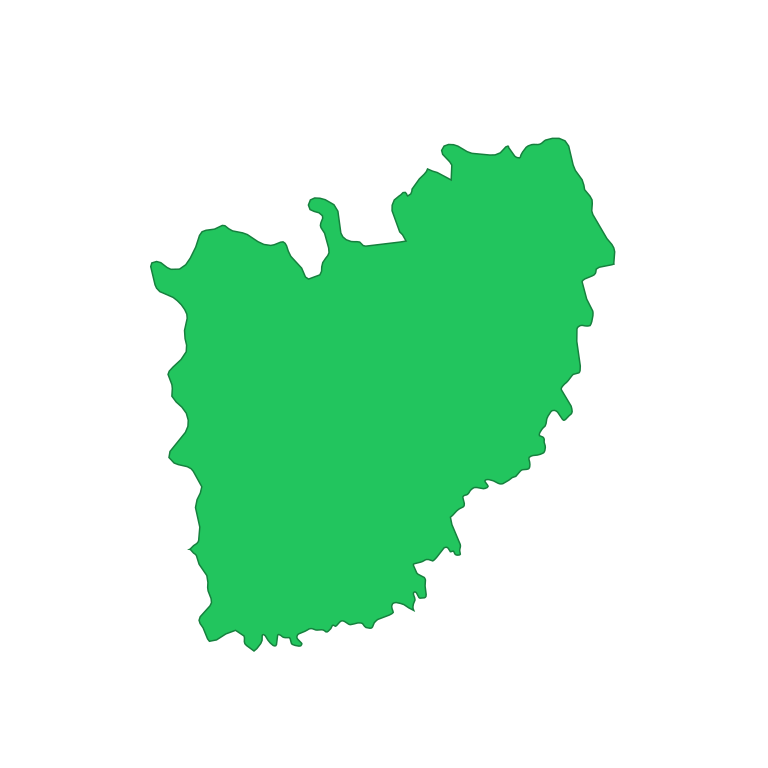 SVG path tracing the border of Luhans'k, rotated 244°
{"feature_id": "UKR-329", "entity_name": "Luhans'k", "entity_type": "Region", "adm_level": 1, "iso_a3": "UKR", "parent_name": "Ukraine", "parent_adm1": "", "projection": "equal_earth", "projection_center": [38.683, 48.937], "detail": "fine", "context": "isolated", "style": "filled", "palette": "green", "viewbox_px": 768, "rotation_deg": 244, "n_neighbors": 0, "source": "natural_earth", "source_scale": "10m", "svg_char_len": 6171}
<svg xmlns="http://www.w3.org/2000/svg" viewBox="0 0 768 768"><g transform="rotate(244 384 384)"><path d="M232.3,113.7L244.2,114.5L249.3,113.7L252.7,114.2L255.4,116.8L260.9,130.4L263.1,133.1L266.9,134.5L275.1,135.2L278.4,136.3L282.7,138.7L289.5,140.8L303.0,138.8L312.2,140.2L314.0,139.6L315.6,138.7L320.2,137.4L320.6,136.8L320.6,137.4L322.2,142.0L322.7,145.8L323.7,147.9L324.9,149.0L336.1,155.7L355.6,160.4L362.0,165.3L366.5,171.1L371.5,175.2L389.2,174.3L392.4,173.5L395.9,171.0L401.8,163.7L405.0,160.7L412.2,158.5L417.2,162.1L427.6,184.3L431.9,189.2L437.3,192.2L444.4,193.5L451.8,192.2L459.0,189.3L466.0,188.0L472.8,191.8L476.4,193.1L487.3,194.1L489.7,196.6L491.8,202.0L494.9,212.2L499.7,220.4L505.4,223.6L512.0,225.1L519.6,228.2L529.3,235.9L533.2,237.4L538.2,237.5L544.0,236.6L549.6,234.7L554.3,232.4L565.3,223.0L569.8,221.6L573.5,221.7L591.8,225.8L594.6,228.4L593.8,233.3L590.9,236.6L583.8,240.1L580.5,242.7L576.9,250.5L578.1,258.1L582.1,265.1L589.6,274.8L598.4,283.3L600.6,287.2L600.2,291.4L597.5,299.5L597.4,308.2L596.0,310.4L591.6,312.5L588.0,315.0L581.8,323.2L578.2,326.7L567.2,333.1L562.1,337.2L558.2,342.9L557.3,346.3L556.8,353.2L556.0,355.6L553.8,356.8L550.9,357.0L545.3,356.2L539.6,356.2L524.2,360.8L514.6,360.3L511.4,362.2L510.2,374.2L512.7,377.3L516.6,379.4L520.0,382.2L522.5,386.5L524.1,389.8L526.2,392.2L530.6,393.9L545.6,396.7L552.1,395.9L554.3,396.3L556.3,397.7L559.9,401.6L562.3,402.4L566.4,400.6L569.7,396.9L573.2,394.0L578.0,394.5L581.7,398.5L581.6,403.2L579.0,407.9L575.4,412.0L567.1,417.6L559.5,418.3L538.6,411.4L534.3,411.5L530.2,413.3L526.5,416.9L525.0,419.5L523.7,422.2L522.2,424.4L517.5,426.0L515.9,428.0L504.6,460.5L502.8,466.5L510.0,466.1L513.8,464.8L536.2,467.2L541.1,469.7L544.9,473.9L546.4,480.2L546.6,481.9L547.7,485.0L546.9,487.1L545.2,487.6L543.4,487.5L542.6,487.7L543.1,491.4L544.9,493.4L546.9,494.7L552.9,505.8L554.9,512.0L556.4,515.3L558.2,517.4L554.0,521.0L550.7,524.6L537.9,533.8L551.0,540.9L554.8,540.5L564.7,537.4L568.7,538.2L571.5,542.3L571.0,547.0L568.6,551.4L565.4,554.7L556.4,560.6L552.8,564.1L543.4,579.5L541.2,584.3L540.8,589.9L543.7,597.4L543.5,599.7L543.0,600.0L541.7,599.7L531.4,601.4L529.4,602.6L527.8,604.9L528.2,606.1L529.8,607.5L531.7,610.2L534.4,615.5L534.8,617.9L534.4,621.7L533.7,623.6L531.7,627.4L531.2,629.5L531.3,631.2L532.2,634.6L532.4,636.1L531.0,643.0L528.0,649.1L523.2,653.3L516.9,654.3L497.9,650.0L492.1,649.6L480.7,651.6L475.1,650.8L470.7,649.5L462.6,651.5L458.3,651.7L454.9,650.3L448.5,646.6L444.7,646.0L417.0,648.1L409.4,650.0L405.6,650.2L401.7,649.3L391.5,643.3L391.0,643.3L391.3,641.1L394.6,628.6L394.2,625.1L391.7,623.4L390.8,622.5L390.0,620.7L389.9,618.5L390.4,610.5L390.0,608.3L389.2,606.9L371.5,603.4L358.0,603.6L356.2,603.0L353.8,601.7L349.0,598.1L347.2,596.3L346.2,594.8L346.7,592.8L347.1,591.9L348.1,590.2L349.8,587.9L350.2,586.9L350.5,585.6L350.2,583.5L349.6,582.3L348.8,581.5L337.9,576.0L314.1,568.3L310.1,566.1L309.1,565.1L308.6,564.1L309.7,558.3L309.2,556.8L306.3,551.0L305.4,548.7L304.8,546.2L303.9,543.9L302.9,542.0L302.0,541.2L301.0,540.9L282.1,542.5L279.2,541.9L276.7,541.0L275.7,540.1L275.1,539.3L274.2,536.0L272.5,531.5L272.5,529.9L272.9,529.4L274.0,528.9L282.6,527.7L284.1,527.0L285.4,525.9L286.1,524.3L286.3,523.0L285.9,521.8L283.3,517.4L281.4,515.1L277.4,512.3L275.6,510.4L274.7,507.5L273.9,505.8L271.9,502.6L270.5,501.4L269.4,501.1L266.8,503.4L266.0,503.8L265.0,503.9L263.9,503.7L261.5,502.4L257.9,501.8L256.3,501.2L253.8,499.5L252.8,498.4L252.2,497.3L252.2,495.5L252.3,493.7L252.9,490.7L254.4,486.6L254.7,484.8L254.5,482.5L253.8,481.8L252.9,481.3L250.0,480.7L247.6,479.8L245.6,478.6L244.8,477.7L244.4,476.7L244.7,474.9L246.2,471.0L246.3,469.7L245.9,468.2L243.2,462.0L243.7,458.3L242.8,454.0L242.3,447.1L242.9,445.3L243.6,444.2L244.7,443.1L249.0,439.9L252.0,436.5L253.0,434.6L253.2,433.1L252.7,432.3L251.9,432.0L247.2,432.8L246.3,432.6L245.7,431.3L245.8,429.3L246.3,427.5L250.2,422.2L251.1,420.4L251.4,419.2L251.2,417.5L250.5,415.0L248.8,412.3L248.2,410.7L248.2,409.4L248.5,408.3L248.6,406.7L248.2,405.7L247.4,405.1L241.4,403.8L239.8,402.9L239.1,402.1L238.8,401.1L238.8,397.6L238.6,395.9L238.0,393.5L235.8,387.9L235.2,385.3L227.9,383.4L206.6,382.2L205.4,381.9L204.2,381.3L202.4,379.8L201.1,379.0L197.6,378.0L197.3,377.3L197.4,376.4L198.2,374.6L198.8,373.9L199.5,373.4L200.4,373.2L202.6,373.3L203.4,373.0L203.7,372.3L203.9,370.7L204.2,370.1L208.1,369.7L208.9,369.4L209.7,368.9L210.3,367.5L210.4,366.2L205.0,355.1L203.9,352.2L203.6,350.3L206.7,347.1L207.6,345.3L207.8,344.3L207.6,340.9L207.8,339.0L209.1,332.8L209.2,331.6L208.5,331.1L207.6,330.9L199.8,330.6L198.1,331.2L192.4,335.4L190.6,335.5L189.6,335.3L184.5,332.4L176.3,329.6L174.7,328.6L174.2,327.7L174.1,326.7L175.6,322.8L176.1,322.1L176.9,321.8L182.1,321.6L183.0,321.2L183.7,320.6L183.6,319.2L182.8,318.6L181.7,318.2L178.3,317.8L176.3,317.2L173.5,314.1L171.3,312.5L169.6,311.7L167.4,311.5L172.0,308.1L177.0,305.2L179.5,302.7L182.3,299.1L182.8,297.4L182.9,296.1L182.7,295.4L181.6,294.1L180.9,293.5L178.8,292.8L175.6,292.4L174.6,292.1L174.1,290.3L174.0,287.4L175.1,275.3L174.8,273.7L173.7,270.6L170.7,267.2L170.2,265.9L170.4,265.0L170.8,264.1L173.0,261.1L174.7,260.3L177.5,259.8L178.5,259.4L179.5,258.2L180.7,255.9L181.5,252.0L182.4,248.4L183.0,247.5L183.7,246.9L187.6,244.6L188.5,243.9L189.5,242.6L189.7,241.7L189.5,240.0L187.6,235.3L187.6,234.1L189.3,232.9L189.6,232.3L189.5,231.6L187.5,229.0L186.3,225.6L186.1,224.4L186.6,223.2L188.8,222.1L189.7,221.3L190.5,220.1L192.2,215.9L192.9,214.8L195.2,212.6L196.2,211.2L196.7,209.2L196.5,207.3L196.4,204.4L196.8,197.8L196.6,196.8L196.2,196.1L195.2,195.0L194.4,194.6L193.4,194.5L192.4,194.6L187.3,196.3L186.5,196.3L185.8,195.6L185.2,194.4L185.4,193.4L185.8,192.5L188.0,189.5L190.0,187.6L190.7,187.2L191.7,187.1L196.2,188.0L197.5,187.8L199.2,184.2L200.3,182.7L201.0,182.1L203.5,180.9L205.0,179.6L205.1,178.9L204.7,178.2L196.9,173.1L196.2,171.9L196.7,170.6L197.7,169.7L200.9,168.3L204.6,167.4L209.8,166.9L210.7,166.5L211.6,165.8L211.8,165.0L211.4,164.3L207.0,162.0L204.8,159.5L201.9,153.7L201.0,150.1L209.2,145.8L211.5,145.1L213.6,145.5L217.0,147.3L218.9,147.7L227.7,142.6L228.7,132.3L227.4,121.3L229.3,114.3L232.3,113.7Z" fill="#22c55e" stroke="#15803d" stroke-width="1.5"/></g></svg>